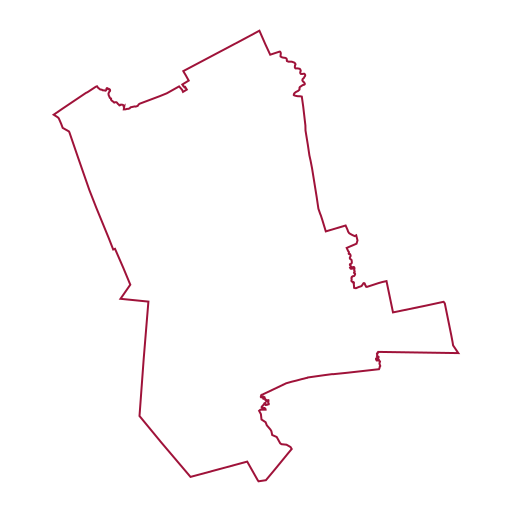 the district of Orbeasca, Teleorman, Romania
{"feature_id": "2599482B32286480268164", "entity_name": "Orbeasca", "entity_type": "district", "adm_level": 2, "iso_a3": "ROU", "parent_name": "Romania", "parent_adm1": "Teleorman", "projection": "orthographic", "projection_center": [25.351, 44.113], "detail": "fine", "context": "isolated", "style": "outline", "palette": "rose", "viewbox_px": 512, "rotation_deg": 0, "n_neighbors": 0, "source": "geoboundaries", "source_scale": "gbopen_adm2", "svg_char_len": 5828}
<svg xmlns="http://www.w3.org/2000/svg" viewBox="0 0 512 512"><path d="M257.6,480.0L258.5,481.3L265.9,480.2L275.0,469.3L288.5,452.8L291.7,449.0L290.5,447.0L286.5,444.7L281.5,444.2L280.2,443.3L276.7,437.0L272.2,435.0L271.4,431.2L270.4,429.5L266.8,425.3L265.6,422.2L261.5,419.5L260.9,414.1L259.1,410.8L260.4,409.7L265.6,409.7L265.6,409.2L264.6,408.0L264.3,408.0L264.1,408.2L264.0,408.5L263.6,408.5L263.2,408.3L262.9,407.8L261.8,407.6L261.7,407.4L261.6,407.2L261.7,406.8L262.2,406.2L263.1,405.3L263.6,404.6L263.9,404.4L264.1,404.1L264.3,403.4L265.1,402.9L265.5,403.0L265.3,403.9L265.3,404.2L265.4,404.8L265.6,405.0L267.1,404.8L268.0,404.4L268.7,404.3L268.8,404.0L268.8,403.8L268.2,402.6L268.3,402.0L267.8,401.5L267.8,401.3L267.9,401.2L268.4,400.9L268.5,400.8L268.3,400.4L268.3,400.1L268.0,400.1L266.5,401.0L266.1,401.0L265.9,400.8L265.7,400.5L266.2,400.2L266.2,399.9L265.6,399.5L265.1,398.8L263.8,398.9L263.6,398.8L263.4,398.7L263.7,398.2L264.6,397.6L264.6,397.3L264.5,397.2L264.2,397.1L263.9,396.9L263.7,396.9L263.3,397.1L263.0,397.5L262.8,397.6L262.6,397.4L262.3,396.9L262.1,396.8L261.9,396.9L261.8,397.3L261.1,397.3L260.9,397.1L260.8,396.9L261.2,396.3L261.1,395.8L261.1,395.4L261.8,395.3L262.0,394.7L263.0,394.6L263.2,394.2L282.2,385.2L283.1,384.8L283.1,384.7L284.1,384.3L286.1,383.3L292.1,381.6L296.3,380.6L301.8,379.1L304.0,378.6L306.6,377.9L307.4,377.8L307.7,377.5L324.0,375.2L332.3,374.1L333.0,374.2L346.9,372.8L379.0,369.2L379.6,367.7L379.7,366.8L380.2,366.2L380.2,365.6L379.8,364.8L379.5,363.7L379.5,363.0L379.8,362.3L380.0,361.4L379.1,360.9L378.9,360.4L378.9,359.7L378.4,359.0L378.1,359.1L377.7,359.8L377.4,360.4L377.0,360.6L376.6,360.4L376.0,359.2L376.0,358.7L376.3,358.3L377.3,357.8L377.9,357.9L378.6,357.2L378.6,356.9L378.4,356.7L377.2,356.5L377.0,356.3L376.9,356.1L377.2,355.5L377.3,355.0L376.9,353.9L377.0,353.4L377.2,353.2L377.9,352.9L377.9,352.2L378.2,351.9L458.3,353.1L453.1,345.4L452.6,342.3L451.4,335.9L444.8,303.4L443.6,301.8L426.0,305.6L393.0,312.4L386.5,281.1L382.4,282.0L378.5,283.1L366.9,286.9L366.2,286.8L365.9,286.5L365.8,286.3L365.7,285.6L365.1,284.9L364.9,284.0L364.5,283.3L364.3,283.2L363.9,283.1L363.5,283.2L363.3,283.5L362.6,284.6L362.4,284.8L361.7,285.9L361.4,286.1L359.5,286.8L359.0,286.9L356.0,288.2L355.0,288.1L354.1,287.8L354.0,285.7L353.9,285.2L353.8,284.1L353.9,283.7L353.9,282.5L353.6,282.2L353.5,282.3L353.3,282.6L353.1,282.6L352.6,282.3L352.3,281.8L351.4,280.9L351.4,280.5L351.7,279.2L351.4,278.1L351.8,277.4L351.7,277.1L351.8,276.9L352.8,276.2L353.8,276.1L354.2,275.9L354.7,275.2L355.1,274.2L355.1,273.9L355.0,273.6L354.2,273.1L354.0,272.7L354.1,272.4L354.6,272.0L354.7,271.7L354.6,271.0L354.3,270.8L354.2,270.6L354.3,269.4L354.5,268.7L354.4,267.8L354.3,267.5L354.0,267.1L353.5,267.0L353.4,267.1L353.2,267.3L353.4,268.2L353.2,268.5L351.1,268.8L350.6,268.6L350.3,268.2L350.1,267.7L351.4,267.3L351.6,267.0L351.6,266.8L351.4,266.6L350.8,266.2L350.1,265.3L349.9,264.9L349.9,264.5L350.0,264.2L350.8,264.0L351.0,263.9L351.5,263.2L351.8,262.9L351.8,261.9L351.6,260.2L351.4,259.8L350.9,259.4L350.1,258.9L350.0,258.7L349.9,258.5L349.8,257.8L350.1,257.0L350.6,256.1L350.6,255.7L350.6,255.4L350.3,254.6L349.8,253.9L349.6,253.8L349.0,254.0L348.8,253.9L348.7,253.6L348.9,252.8L348.8,251.8L348.5,251.4L348.2,251.2L346.7,247.9L356.5,243.7L357.5,240.4L356.2,235.3L354.7,236.1L352.1,234.9L350.3,233.9L349.2,233.2L348.1,231.6L347.6,230.0L345.6,225.5L325.8,231.4L322.3,219.9L320.8,215.3L320.2,213.9L318.4,208.7L316.7,197.2L312.1,168.6L310.6,160.8L309.4,155.4L307.8,144.6L305.5,130.5L305.4,125.5L303.2,106.5L301.8,96.6L300.4,96.3L297.5,96.2L295.2,95.7L294.1,95.3L293.8,95.1L293.8,94.6L294.0,93.9L294.6,93.0L295.9,92.0L298.1,90.9L299.4,89.7L299.6,89.0L299.6,88.7L299.4,88.1L299.6,87.7L299.7,87.3L299.9,87.0L302.1,85.5L302.7,85.1L303.8,84.8L304.4,84.6L304.8,84.1L304.8,83.7L304.2,82.5L304.0,82.4L303.8,82.1L303.2,81.7L302.9,81.2L302.4,80.6L302.4,80.3L302.4,79.9L302.7,79.0L303.9,77.9L304.4,76.9L305.0,76.1L305.1,75.8L305.2,75.4L305.1,74.7L304.6,74.0L304.4,73.8L304.1,73.7L302.1,74.0L300.8,73.9L300.4,73.4L300.2,72.6L300.4,71.6L300.7,71.0L300.7,70.6L300.3,69.5L299.7,68.8L297.7,68.4L295.8,68.4L295.5,68.4L295.3,68.2L295.0,67.7L294.8,67.1L295.0,65.6L295.0,65.3L295.4,64.8L295.5,64.5L295.4,63.9L294.7,62.9L294.3,62.6L292.1,61.8L291.6,61.7L288.4,61.7L287.7,61.3L287.0,61.1L286.9,60.9L286.8,60.5L286.8,59.4L286.7,59.0L286.3,58.4L285.3,57.9L283.0,57.6L281.7,57.2L280.6,56.5L280.5,56.2L280.8,53.3L280.6,52.5L280.2,51.8L280.1,51.7L279.6,51.6L279.0,51.8L270.2,54.7L265.4,44.4L259.4,30.7L246.4,37.7L183.3,71.1L184.0,72.4L185.6,75.0L188.7,80.6L182.3,84.5L183.2,85.9L183.4,85.8L184.5,87.4L185.2,87.0L186.8,89.6L183.0,91.9L182.1,89.8L179.1,86.4L166.8,93.3L159.9,96.1L139.7,103.7L138.7,104.4L137.7,105.9L135.7,106.6L134.8,106.4L130.6,107.3L129.6,108.4L128.1,108.9L126.9,108.9L125.7,109.3L123.8,109.4L124.3,106.1L124.2,106.2L123.6,106.3L123.5,105.7L123.1,105.0L122.6,104.8L120.9,104.6L120.4,105.1L119.4,105.4L119.2,105.2L119.0,104.7L117.8,103.8L117.0,102.7L116.5,102.3L115.9,102.2L114.7,102.3L114.2,102.6L112.5,101.1L111.8,100.7L111.1,99.8L111.0,99.5L111.1,98.7L110.9,98.4L110.0,98.0L109.7,97.6L109.3,96.4L108.8,95.6L108.5,94.2L108.5,93.3L108.8,92.9L109.2,91.9L109.9,91.2L110.1,90.6L110.0,89.8L109.7,89.4L109.1,89.0L108.9,89.1L108.8,89.3L108.4,89.3L108.2,89.1L107.7,88.3L107.0,88.1L106.8,88.2L106.5,88.6L106.3,89.8L106.2,90.1L105.9,90.5L105.5,90.7L104.4,90.4L102.7,90.3L101.8,89.7L100.4,89.5L99.9,89.3L98.9,88.4L97.9,87.6L97.1,86.3L96.6,86.4L95.7,86.8L88.1,91.8L86.7,92.6L86.1,92.8L62.3,108.8L53.7,114.7L57.3,117.0L57.9,117.4L58.8,118.4L61.2,123.9L62.7,127.9L68.9,131.4L69.4,132.3L78.1,157.7L89.3,189.9L96.3,207.8L108.9,238.5L113.2,249.5L115.0,248.8L123.4,268.1L130.3,284.7L120.5,298.8L148.4,301.6L143.7,358.8L139.5,416.0L160.9,442.0L190.5,476.9L247.2,461.6L257.6,480.0Z" fill="none" stroke="#9f1239" stroke-width="2"/></svg>